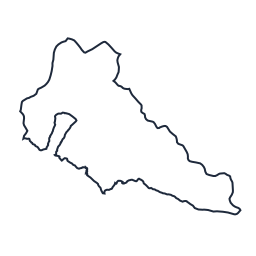 Lapusnicel, Caras-Severin, Romania (Robinson projection), rotated 176°
{"feature_id": "2599482B99041788642563", "entity_name": "Lapusnicel", "entity_type": "district", "adm_level": 2, "iso_a3": "ROU", "parent_name": "Romania", "parent_adm1": "Caras-Severin", "projection": "robinson", "projection_center": [22.192, 45.003], "detail": "fine", "context": "isolated", "style": "outline", "palette": "slate", "viewbox_px": 256, "rotation_deg": 176, "n_neighbors": 0, "source": "geoboundaries", "source_scale": "gbopen_adm2", "svg_char_len": 5783}
<svg xmlns="http://www.w3.org/2000/svg" viewBox="0 0 256 256"><g transform="rotate(176 128 128)"><path d="M233.1,124.6L232.3,125.0L232.1,125.0L230.7,124.7L229.4,124.2L227.9,124.3L227.3,124.1L227.0,123.6L226.9,122.3L226.7,121.8L226.0,121.2L225.4,120.2L225.0,120.1L224.6,119.8L224.3,118.9L224.1,118.6L223.5,118.3L222.6,118.0L222.2,117.8L222.0,117.5L221.9,117.0L221.4,116.4L220.9,116.1L219.6,115.4L218.5,113.7L218.0,112.7L217.8,112.4L217.3,112.1L216.4,111.8L215.5,111.9L214.5,112.3L213.4,112.6L210.9,112.9L210.8,113.2L210.7,113.6L210.5,114.4L210.1,114.8L208.8,116.7L208.9,117.1L209.0,117.6L208.8,118.0L207.9,119.9L207.4,120.5L207.4,122.0L207.3,123.2L207.1,123.7L206.8,124.1L206.3,124.6L206.3,125.0L206.3,125.3L206.1,125.5L206.0,125.8L205.6,126.2L205.4,126.6L204.9,127.2L204.2,128.2L203.9,129.1L203.3,129.9L202.9,131.3L202.5,132.2L202.3,132.8L201.5,134.4L201.0,135.1L200.4,136.4L200.4,136.6L200.7,137.1L200.9,138.8L200.5,139.2L199.8,142.8L200.0,144.4L200.0,144.8L199.9,145.0L198.7,146.2L196.8,147.1L196.4,147.2L193.8,147.0L192.0,147.9L190.4,147.5L190.0,147.1L189.0,147.2L188.6,146.9L187.7,146.7L185.6,145.9L182.5,143.3L179.6,140.6L178.9,139.1L179.6,138.2L183.6,135.0L184.9,134.1L185.1,133.4L185.8,132.2L187.1,130.6L187.7,130.2L188.7,129.0L189.7,128.2L191.4,125.6L191.8,124.0L192.4,122.8L193.1,122.0L193.5,121.8L194.2,121.1L194.3,120.8L195.2,119.1L195.6,119.0L195.7,118.5L196.2,118.0L196.1,117.8L197.0,116.4L197.7,115.4L198.9,114.4L199.2,113.8L200.2,111.5L200.2,110.4L200.3,110.1L201.1,109.6L201.3,109.2L201.4,108.4L201.5,106.9L201.8,106.6L202.9,106.2L202.4,105.6L200.1,105.1L198.5,104.5L198.3,104.2L198.6,103.4L198.6,103.1L198.4,102.8L196.4,100.1L196.1,100.2L194.3,101.7L193.2,102.3L192.2,102.1L191.1,101.7L190.9,101.4L190.8,101.2L190.8,100.3L190.7,99.7L190.2,99.1L187.8,97.3L186.6,96.7L186.1,96.2L185.6,95.5L185.1,95.0L183.5,94.3L182.8,93.2L181.4,91.5L179.7,90.8L179.0,91.1L177.7,91.3L177.0,91.3L176.8,91.6L176.1,92.0L175.3,91.8L174.7,92.0L173.6,91.6L173.0,91.0L172.7,91.1L172.7,91.5L172.4,91.2L172.4,90.9L172.3,90.7L172.0,90.7L171.8,90.8L171.7,90.8L171.6,90.6L171.9,90.0L171.9,89.9L171.6,89.7L171.7,88.9L171.9,88.6L172.3,88.4L172.2,88.1L171.8,88.1L171.7,87.7L171.8,87.5L172.0,87.5L172.8,87.0L172.9,86.6L172.8,86.4L172.5,86.4L172.3,86.1L172.1,86.2L171.9,85.8L171.9,85.7L172.6,85.6L172.4,85.3L172.6,85.2L172.1,85.0L172.1,84.7L171.9,84.5L171.9,84.4L172.1,83.9L171.8,83.5L171.3,83.2L171.2,83.0L168.9,81.2L165.6,77.5L162.8,75.3L161.8,74.2L161.8,73.6L161.4,72.6L161.0,71.9L159.8,70.5L159.6,70.2L159.4,69.4L159.3,68.5L158.8,67.1L157.7,64.7L156.0,64.3L156.1,65.6L156.0,66.0L155.5,66.9L154.9,67.4L153.3,67.9L151.3,67.6L150.8,67.8L149.6,68.3L148.6,68.4L148.0,69.0L147.9,69.4L147.5,70.0L145.6,72.1L145.4,72.5L145.1,72.9L144.7,74.0L144.0,73.3L143.8,73.2L143.5,73.3L143.3,73.5L142.9,74.5L142.4,75.2L142.1,75.5L141.4,76.0L139.6,75.9L138.9,75.7L138.5,75.5L137.0,74.6L137.0,74.4L137.7,73.8L137.7,73.6L137.6,73.4L137.0,73.0L136.0,72.9L135.8,72.9L135.2,73.3L134.6,73.3L133.3,73.8L132.6,74.8L132.1,75.1L130.8,75.7L129.4,75.9L128.6,76.1L127.5,76.1L125.3,75.0L125.0,74.8L123.6,74.3L123.0,74.5L122.4,75.1L122.2,75.4L121.6,76.1L120.9,76.6L120.4,76.6L119.8,76.2L119.3,75.7L118.6,75.5L118.1,75.0L117.4,74.6L117.1,74.3L116.4,73.2L116.3,72.6L116.3,72.2L116.1,71.8L115.7,71.2L115.1,70.8L113.9,69.6L112.8,68.3L112.6,68.1L112.0,67.2L111.4,66.6L110.8,66.4L109.9,66.4L109.2,66.6L108.3,66.0L107.4,65.2L106.1,65.0L105.5,64.8L104.2,63.8L102.7,63.3L100.8,61.9L99.7,61.4L99.3,61.3L98.6,61.0L97.9,60.5L95.8,60.1L93.8,59.1L93.3,59.0L92.2,59.0L90.0,58.4L89.3,58.0L88.6,57.4L86.7,56.7L85.8,56.0L84.8,54.7L83.0,53.7L81.1,51.9L78.6,50.7L77.5,51.1L75.9,51.2L74.6,50.9L74.0,50.1L73.0,49.4L71.2,47.8L68.6,46.0L67.0,43.5L63.4,41.8L59.6,41.3L57.3,41.2L53.8,40.6L48.6,38.7L45.0,38.7L39.0,37.8L34.1,36.7L28.0,34.5L26.8,34.4L25.4,34.7L24.2,35.5L21.6,38.1L22.0,39.1L22.8,40.0L23.8,40.7L25.5,41.4L27.1,42.3L28.7,43.6L30.8,46.3L31.5,48.6L31.7,50.3L30.9,51.8L29.1,54.2L27.9,56.6L27.7,58.3L27.6,66.1L27.9,67.3L28.7,68.9L29.3,70.6L29.5,72.6L30.3,73.3L32.7,74.5L33.8,75.5L35.1,76.2L39.6,76.1L40.7,75.7L42.5,74.7L44.4,74.0L46.3,74.2L50.4,75.5L52.8,76.6L53.1,77.1L53.5,78.1L53.9,79.0L54.3,81.9L55.1,83.9L56.6,86.1L58.5,87.7L62.6,88.9L66.7,89.9L68.9,90.7L70.0,92.0L70.4,93.4L70.2,95.5L70.3,97.7L71.1,100.0L74.0,106.0L74.8,106.9L78.9,108.7L80.1,110.4L80.1,111.9L80.2,113.4L80.5,114.9L80.9,116.3L83.7,118.8L86.4,121.5L89.0,126.4L90.4,127.4L91.6,127.5L92.9,127.3L94.2,127.0L96.3,126.3L97.0,125.8L98.6,125.9L99.6,127.3L100.8,130.2L102.1,132.1L103.0,132.6L107.0,133.8L107.9,134.1L109.4,135.6L110.2,137.5L110.2,139.3L110.6,140.9L112.1,141.8L113.4,142.9L113.7,144.0L113.5,145.4L113.0,146.8L112.9,149.6L113.4,150.5L115.9,153.4L118.5,156.9L121.2,160.3L122.3,162.3L124.0,167.0L125.3,166.8L127.2,167.1L129.0,167.5L130.5,168.4L131.2,169.3L132.1,170.0L133.2,170.5L134.5,170.8L135.3,171.6L137.4,174.4L139.2,176.0L137.7,177.2L136.5,178.7L136.1,179.2L134.7,182.2L133.5,184.4L133.1,186.9L132.8,189.5L133.8,194.3L133.9,196.4L133.3,198.3L132.4,200.2L130.6,202.1L132.6,203.0L134.5,204.0L136.0,205.4L138.8,209.1L141.7,212.7L144.5,215.4L145.5,215.6L146.7,215.4L148.8,214.4L158.2,209.1L163.0,207.2L165.2,206.1L166.5,206.5L168.6,209.1L170.1,211.7L171.8,214.2L173.6,216.7L175.5,219.1L177.7,220.3L180.2,221.2L181.9,221.6L184.2,219.0L186.3,218.6L188.4,218.0L191.6,216.2L193.8,214.3L195.5,211.4L196.7,208.2L197.7,201.3L198.8,198.1L199.0,195.1L200.2,190.0L201.5,185.9L203.1,181.8L204.6,179.5L206.3,177.7L208.2,176.1L211.8,174.3L214.0,173.5L215.2,172.8L217.1,168.5L219.9,166.7L223.0,165.8L224.5,165.0L226.7,164.6L231.1,162.3L232.0,161.3L232.7,158.5L233.7,153.5L234.4,152.2L231.9,149.1L231.4,148.1L231.0,146.9L231.0,144.9L231.9,140.1L231.5,138.0L230.0,135.1L228.6,132.2L229.4,130.9L230.2,129.7L232.2,127.5L233.1,124.6Z" fill="none" stroke="#1e293b" stroke-width="2"/></g></svg>